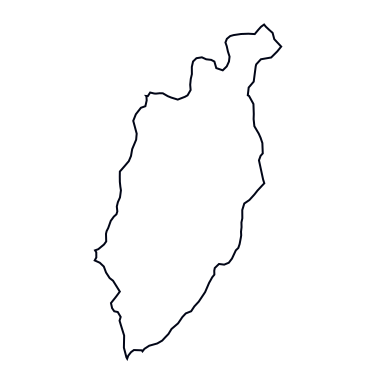 outline of Choirokoitia, Larnaca, Cyprus, rotated 264°
{"feature_id": "46923920B55187515304713", "entity_name": "Choirokoitia", "entity_type": "district", "adm_level": 2, "iso_a3": "CYP", "parent_name": "Cyprus", "parent_adm1": "Larnaca", "projection": "robinson", "projection_center": [33.342, 34.796], "detail": "fine", "context": "isolated", "style": "outline", "palette": "ink", "viewbox_px": 384, "rotation_deg": 264, "n_neighbors": 0, "source": "geoboundaries", "source_scale": "gbopen_adm2", "svg_char_len": 2139}
<svg xmlns="http://www.w3.org/2000/svg" viewBox="0 0 384 384"><g transform="rotate(264 192 192)"><path d="M134.1,88.1L131.3,92.9L127.1,96.5L120.9,98.1L115.0,101.1L112.0,104.2L100.5,109.8L96.2,105.9L90.0,99.8L84.8,100.4L81.5,102.2L80.4,105.6L75.2,108.0L71.6,106.5L66.8,107.4L56.3,109.5L44.3,108.0L34.4,109.5L33.0,110.1L35.9,111.5L39.1,114.6L40.9,117.7L39.8,125.5L38.7,126.1L41.0,128.3L43.6,133.4L45.0,141.6L47.3,146.8L50.1,150.0L53.2,153.7L57.9,157.3L62.8,164.4L65.6,166.8L68.6,169.3L71.9,173.1L73.5,178.7L78.0,182.4L82.2,187.2L91.1,194.6L100.0,199.6L101.5,200.7L105.1,203.2L107.5,205.6L111.4,205.9L114.0,206.7L117.6,211.3L116.4,216.4L117.8,221.2L121.6,224.8L129.4,229.5L131.5,232.2L135.2,233.9L141.5,235.8L143.8,236.4L147.4,236.6L151.8,237.6L156.6,238.0L160.6,239.3L168.8,240.1L175.1,242.8L175.9,244.3L178.0,248.2L183.0,253.8L186.6,257.3L190.8,262.1L193.1,264.8L197.2,264.0L216.5,261.9L220.8,264.0L223.0,266.4L233.3,267.1L238.7,265.9L243.0,264.5L250.9,260.9L258.1,260.9L263.1,261.6L273.1,262.3L281.5,258.8L282.4,257.6L290.0,259.3L295.3,264.9L310.3,268.5L312.2,269.2L316.8,274.4L317.5,284.8L323.0,291.6L327.3,295.9L332.3,292.1L335.4,289.8L341.8,288.8L345.2,285.7L348.7,282.7L351.0,281.2L349.1,277.9L346.4,274.9L342.5,270.9L343.5,264.7L344.0,257.4L344.0,257.2L343.7,249.8L343.1,246.3L340.7,242.7L337.2,240.9L333.3,241.8L328.0,242.4L322.7,243.5L317.9,242.4L313.3,239.7L309.8,235.3L312.7,229.1L319.4,227.9L321.4,224.9L322.5,220.0L324.9,215.9L324.6,210.4L321.7,206.7L316.4,204.9L309.2,204.2L304.6,202.6L298.8,201.4L293.6,201.3L288.6,197.7L287.4,194.9L285.4,187.5L288.1,181.2L289.8,178.0L293.2,173.3L293.6,170.3L293.6,166.4L293.9,164.7L295.3,160.8L292.0,158.1L292.3,156.4L291.8,156.7L287.8,156.5L282.2,154.6L281.1,150.0L275.2,144.3L268.9,141.0L264.6,141.7L255.8,143.1L249.8,141.9L240.9,137.0L234.2,135.1L229.3,132.4L224.9,127.8L219.9,122.4L215.0,121.8L209.6,121.3L204.9,121.3L201.1,121.5L194.1,119.8L189.6,117.2L185.4,115.7L180.5,115.7L177.7,114.5L175.7,111.7L171.8,108.2L164.9,104.9L162.0,103.0L159.4,102.1L151.8,101.5L149.0,99.0L144.9,92.8L144.1,89.5L142.0,90.5L136.9,90.0L134.1,88.1Z" fill="none" stroke="#020617" stroke-width="2"/></g></svg>